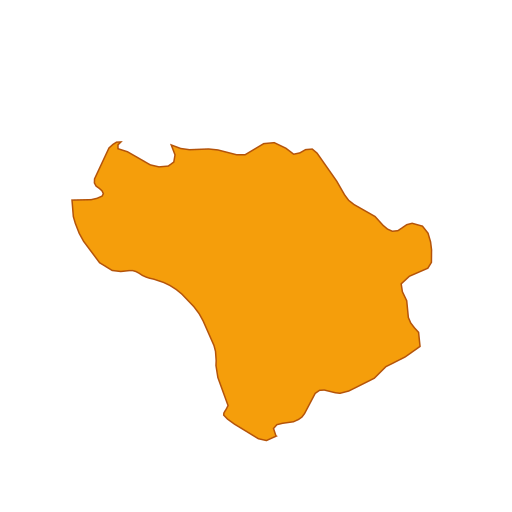 SVG path tracing the border of Tây Ninh, rotated 134°
{"feature_id": "VNM-444", "entity_name": "Tây Ninh", "entity_type": "Province", "adm_level": 1, "iso_a3": "VNM", "parent_name": "Vietnam", "parent_adm1": "", "projection": "robinson", "projection_center": [106.175, 11.366], "detail": "fine", "context": "isolated", "style": "filled", "palette": "amber", "viewbox_px": 512, "rotation_deg": 134, "n_neighbors": 0, "source": "natural_earth", "source_scale": "10m", "svg_char_len": 1615}
<svg xmlns="http://www.w3.org/2000/svg" viewBox="0 0 512 512"><g transform="rotate(134 256 256)"><path d="M362.8,123.8L367.9,123.6L371.5,116.8L371.4,116.3L381.5,120.3L385.8,127.4L391.9,154.7L393.1,163.2L392.9,168.7L391.3,170.0L389.1,170.6L387.3,170.9L383.0,172.2L369.9,199.0L362.6,208.7L358.9,212.0L352.7,218.9L349.6,224.0L339.4,249.0L337.0,256.8L335.6,265.5L334.9,283.0L335.5,290.1L337.0,297.5L339.2,304.1L343.7,313.5L345.9,317.1L347.5,320.4L348.9,324.3L349.6,328.2L350.6,331.6L352.1,334.5L354.6,337.1L361.1,342.5L366.3,349.4L369.5,363.8L365.2,390.2L362.5,398.9L358.0,408.7L354.5,414.8L343.6,427.2L330.0,413.7L324.9,410.4L319.8,408.3L317.2,409.1L316.1,412.0L316.2,415.6L316.8,419.6L315.7,423.0L312.7,425.7L280.4,436.8L275.0,436.4L271.0,435.4L267.8,432.4L271.9,432.5L274.7,429.8L270.3,420.9L263.9,395.4L259.3,387.7L252.3,381.6L245.5,380.4L239.5,384.5L235.0,394.1L231.0,384.9L225.7,377.6L212.0,364.5L206.2,357.1L196.6,340.2L190.8,334.2L169.8,328.5L161.8,321.6L157.7,309.3L157.7,309.2L156.6,299.6L151.4,296.1L145.0,294.2L140.0,289.8L139.6,283.5L146.1,249.9L150.5,234.7L151.6,228.0L150.9,221.2L144.9,197.7L145.7,186.0L145.3,180.1L143.5,175.1L139.2,171.5L128.7,169.3L124.0,166.4L120.0,159.0L118.9,157.0L120.1,148.1L124.6,140.2L129.7,133.9L130.9,132.8L138.7,125.4L145.4,123.9L164.0,131.6L175.2,132.2L180.0,125.9L183.5,116.5L194.4,103.7L196.7,98.2L197.6,92.2L198.0,86.0L207.1,75.2L225.0,78.6L245.4,85.7L261.7,86.0L288.7,95.5L296.4,100.2L299.3,104.0L305.0,113.8L308.5,117.0L313.7,118.0L335.7,111.6L339.9,111.1L343.8,111.8L349.2,113.9L357.9,120.7L362.8,123.8Z" fill="#f59e0b" stroke="#b45309" stroke-width="1.5"/></g></svg>